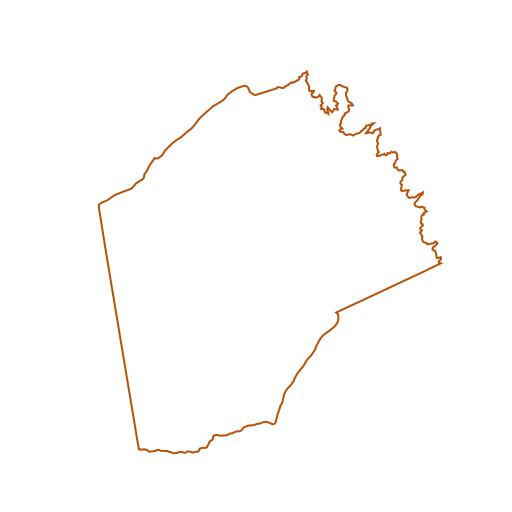 Luís Eduardo Magalhães, Bahia, Brazil, rotated 159°
{"feature_id": "56859067B80722102150800", "entity_name": "Luís Eduardo Magalhães", "entity_type": "district", "adm_level": 2, "iso_a3": "BRA", "parent_name": "Brazil", "parent_adm1": "Bahia", "projection": "albers", "projection_center": [-46.156, -12.199], "detail": "fine", "context": "isolated", "style": "outline", "palette": "amber", "viewbox_px": 512, "rotation_deg": 159, "n_neighbors": 0, "source": "geoboundaries", "source_scale": "gbopen_adm2", "svg_char_len": 5989}
<svg xmlns="http://www.w3.org/2000/svg" viewBox="0 0 512 512"><g transform="rotate(159 256 256)"><path d="M93.9,208.2L95.0,209.7L95.0,211.2L94.9,213.1L93.6,214.3L94.2,217.1L94.5,219.2L92.9,219.6L91.8,220.6L93.0,221.7L92.7,223.2L91.3,224.0L89.4,224.6L89.0,225.9L90.1,226.8L90.0,229.1L88.3,230.8L87.9,232.8L86.7,234.6L84.6,234.4L84.4,235.9L82.9,236.0L80.6,236.4L81.4,237.8L82.0,239.1L81.4,240.7L82.6,241.5L83.4,242.7L85.4,242.5L87.0,243.9L88.8,245.0L89.6,247.6L88.0,249.2L86.6,249.6L84.8,250.6L83.2,251.7L81.8,253.0L80.3,253.5L78.4,253.9L77.4,255.5L79.1,255.2L81.0,255.4L82.7,255.1L84.1,254.5L85.4,253.8L86.9,253.8L88.7,254.7L90.4,255.0L91.8,255.1L92.6,256.3L93.3,257.9L93.3,259.4L91.9,260.9L90.0,262.6L93.6,263.9L96.0,264.0L97.1,265.3L96.0,267.5L95.0,269.1L94.2,270.1L95.2,271.7L94.7,273.3L92.3,274.4L91.1,276.8L89.0,277.6L87.4,278.0L87.1,279.6L87.1,281.1L88.4,281.9L88.3,283.5L89.8,284.2L91.3,284.3L92.7,285.7L92.8,288.2L95.0,288.9L95.0,291.0L94.2,292.5L92.8,292.9L91.4,294.9L88.8,296.1L88.7,298.6L87.9,300.0L87.9,301.5L89.0,303.4L90.6,303.2L92.1,304.8L93.6,304.0L95.1,304.2L96.3,304.9L97.0,303.6L99.0,303.6L99.5,305.4L101.0,305.1L102.3,305.5L105.3,305.2L107.2,306.1L107.0,307.5L105.6,308.1L104.1,309.2L104.6,311.1L104.1,312.7L103.9,314.6L102.9,315.8L101.6,317.5L101.9,319.2L101.5,321.1L100.1,321.9L99.2,323.7L97.7,324.6L96.1,324.5L95.6,326.1L95.4,327.5L95.2,329.2L94.5,330.7L96.1,330.4L97.7,330.8L99.3,330.8L101.1,330.7L102.1,329.1L103.5,328.9L104.7,330.2L106.2,330.9L107.7,330.8L109.2,331.2L106.3,333.2L104.6,334.0L102.8,335.7L101.3,336.8L103.6,337.7L105.2,338.0L106.8,338.0L107.7,336.3L109.4,336.4L111.0,335.1L112.5,335.1L114.3,334.2L116.1,333.7L118.6,334.3L120.6,333.9L122.3,333.7L123.4,335.1L125.1,336.2L127.0,336.3L128.6,336.7L129.7,338.4L130.0,340.4L131.3,340.9L132.7,341.8L133.3,343.4L131.7,344.1L129.7,343.9L130.8,346.5L130.7,348.7L128.9,349.6L128.6,351.1L127.5,352.4L124.5,355.2L122.8,355.6L122.1,357.2L119.9,357.5L117.9,357.7L116.7,359.0L116.4,360.4L116.5,362.2L115.6,363.5L113.6,362.6L111.6,361.9L112.0,364.3L113.2,365.8L114.4,367.1L114.5,368.5L114.4,371.1L114.5,373.1L114.1,375.0L112.8,376.6L111.7,377.3L110.8,378.5L110.7,380.3L113.5,382.6L115.0,384.1L116.1,385.5L118.3,386.1L120.9,385.5L122.2,383.5L123.6,381.9L122.6,380.4L122.9,378.6L125.1,377.6L125.9,376.3L127.1,374.9L127.9,373.0L126.1,371.8L125.7,370.4L124.7,369.1L125.8,368.0L127.4,367.8L127.0,365.9L127.1,363.4L128.6,364.1L130.1,365.2L131.7,364.1L133.5,362.9L134.9,365.8L135.1,367.3L135.8,369.1L137.2,366.9L137.1,364.4L137.5,362.8L138.5,364.5L139.9,364.9L140.2,366.6L139.8,368.2L140.7,369.3L142.5,369.8L141.2,371.7L141.8,373.3L140.2,374.0L138.7,374.8L139.6,376.8L138.5,378.2L138.0,380.1L138.5,381.9L138.9,383.5L140.4,382.4L142.0,382.3L143.7,382.5L144.5,383.6L146.1,384.3L146.4,386.3L145.7,388.0L144.2,388.0L142.8,389.5L144.7,390.0L147.0,391.1L146.7,393.0L145.7,394.6L145.9,396.1L146.0,399.8L146.7,401.9L144.9,403.6L144.7,405.9L142.5,406.8L142.6,408.3L142.5,410.0L144.2,409.2L145.9,409.5L147.5,409.4L148.0,408.0L149.5,407.3L151.5,407.6L152.4,405.4L153.8,405.1L155.3,405.2L157.0,404.5L158.4,405.1L159.8,404.4L160.9,405.4L162.5,404.9L164.8,404.1L167.5,404.0L169.7,403.1L171.2,403.3L172.7,404.5L175.1,405.9L176.8,405.1L199.4,406.5L202.7,410.8L203.0,412.5L203.0,415.3L203.4,416.9L204.5,418.6L207.1,419.2L210.1,419.4L213.6,419.4L218.3,418.6L224.4,416.9L228.1,414.6L229.3,413.8L231.7,413.1L233.9,412.5L241.5,411.4L247.5,409.3L252.9,407.3L256.7,405.8L260.3,404.2L264.8,401.3L268.5,399.2L271.5,397.8L275.8,396.7L280.5,394.8L284.5,393.4L289.6,392.5L293.8,391.2L298.6,389.1L303.4,386.9L307.3,383.7L312.4,382.3L314.4,382.8L315.7,383.8L317.2,382.6L320.3,380.5L324.4,377.5L326.2,375.6L328.4,373.9L331.2,372.0L332.0,370.3L333.0,369.0L335.0,368.0L336.9,368.0L339.1,367.4L341.9,366.8L346.4,364.3L348.4,363.5L356.8,363.6L359.4,363.6L366.4,363.4L374.6,361.4L377.4,361.2L380.5,361.2L384.3,360.2L385.1,358.4L385.5,356.7L391.5,328.4L392.1,325.3L393.7,318.0L418.4,197.2L429.4,143.2L433.0,125.7L434.6,117.3L433.2,117.0L431.8,115.9L429.8,115.8L428.2,114.5L426.9,113.7L426.5,112.2L425.4,111.3L423.7,111.1L421.8,110.5L419.5,110.0L417.8,110.4L416.2,109.7L414.5,108.1L412.6,107.3L409.0,106.0L407.6,104.4L405.4,103.1L403.9,101.4L401.7,100.7L399.4,100.5L397.6,100.3L395.4,99.7L393.7,98.1L391.9,97.5L390.5,98.2L388.9,97.7L387.2,96.7L386.3,95.6L384.8,94.9L382.6,95.0L380.6,94.1L378.9,94.8L377.7,96.3L375.4,96.2L374.0,95.9L372.2,95.0L370.4,95.0L369.2,96.2L368.0,97.0L366.9,98.5L365.0,99.7L362.8,99.9L361.4,101.0L361.1,102.4L359.5,103.5L356.8,103.1L355.3,102.0L353.8,101.1L351.9,100.5L350.0,99.8L347.6,99.2L345.7,99.2L344.0,99.7L341.8,98.9L339.4,99.3L335.9,99.0L334.3,98.2L332.0,98.5L330.4,99.4L329.0,100.4L327.0,100.3L325.2,100.5L323.8,100.3L321.3,99.7L318.6,98.8L316.3,98.9L314.8,98.7L311.6,98.1L309.6,98.3L308.0,98.1L306.2,97.7L304.4,96.5L303.2,95.4L302.0,94.1L300.6,92.9L299.0,92.6L297.3,93.6L296.5,95.0L293.7,98.5L293.1,99.8L292.2,100.9L290.6,102.7L289.1,104.6L288.0,105.9L286.4,108.0L284.9,108.8L283.7,110.2L282.5,112.0L281.4,113.5L280.2,115.6L278.9,117.2L276.9,119.1L275.3,120.2L273.7,121.1L270.7,122.6L269.4,123.1L268.3,124.0L266.8,125.0L265.6,125.8L264.7,127.0L263.3,128.3L262.1,129.4L260.9,130.2L259.8,131.3L258.0,132.4L256.2,133.3L254.9,134.2L253.4,135.0L251.3,136.2L249.8,137.3L248.1,138.8L246.6,140.0L245.3,140.9L243.3,142.0L241.3,142.8L239.2,144.0L237.4,145.3L234.7,147.3L233.5,148.4L232.8,149.6L230.5,151.6L229.0,152.8L227.8,154.1L226.4,155.0L224.9,156.2L221.5,158.0L217.1,159.3L215.5,159.6L213.4,160.1L211.8,160.7L208.9,161.7L207.5,162.3L205.8,163.3L204.2,164.5L202.7,165.9L201.8,167.3L200.6,170.5L200.3,172.5L201.4,174.5L102.6,181.5L99.8,181.8L92.9,182.4L86.1,182.9L87.7,184.1L87.1,185.6L84.3,186.7L84.0,188.8L86.2,188.8L87.7,189.1L87.7,191.0L87.0,193.0L87.1,194.9L86.9,196.4L87.9,197.3L88.9,198.8L88.0,200.4L86.6,200.9L85.2,201.1L82.0,202.9L82.5,204.3L83.6,205.3L85.5,204.2L87.2,204.7L89.2,204.9L91.8,205.4L92.0,207.0L93.9,208.2ZM101.3,336.8L98.7,337.7L100.5,338.2L101.3,336.8Z" fill="none" stroke="#b45309" stroke-width="2"/></g></svg>